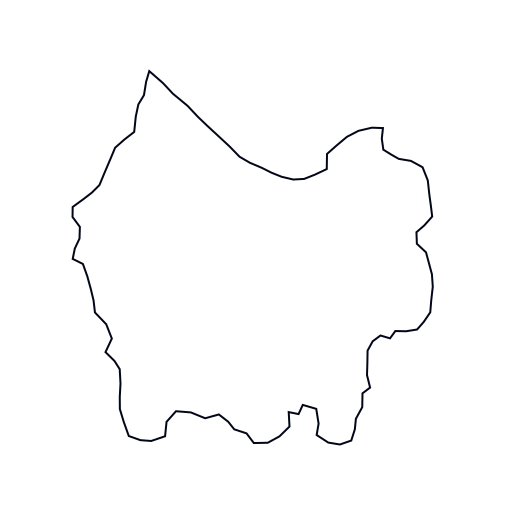 the district of Santo Antônio do Rio Abaixo, Minas Gerais, Brazil, rotated 351°
{"feature_id": "56859067B70415979137862", "entity_name": "Santo Antônio do Rio Abaixo", "entity_type": "district", "adm_level": 2, "iso_a3": "BRA", "parent_name": "Brazil", "parent_adm1": "Minas Gerais", "projection": "mercator", "projection_center": [-43.247, -19.236], "detail": "fine", "context": "isolated", "style": "outline", "palette": "ink", "viewbox_px": 512, "rotation_deg": 351, "n_neighbors": 0, "source": "geoboundaries", "source_scale": "gbopen_adm2", "svg_char_len": 1507}
<svg xmlns="http://www.w3.org/2000/svg" viewBox="0 0 512 512"><g transform="rotate(351 256 256)"><path d="M179.5,56.7L174.7,66.8L170.5,79.6L163.5,87.9L159.1,99.4L155.1,114.4L144.2,120.4L133.8,127.0L127.7,136.9L119.3,150.3L112.5,161.4L103.7,167.8L94.3,172.9L82.6,178.9L80.9,188.8L86.6,199.7L84.4,211.2L78.2,220.3L74.5,230.2L83.8,236.8L86.2,249.6L87.7,263.1L88.6,274.5L88.1,286.6L97.4,300.0L100.7,315.0L92.3,327.4L99.8,337.5L103.7,346.5L102.2,360.8L99.4,373.9L97.6,385.9L99.4,399.0L102.2,413.9L113.0,419.8L123.5,422.3L138.0,419.8L141.7,405.8L152.7,396.8L167.2,400.3L180.4,408.3L194.5,406.7L202.6,415.3L207.4,423.8L218.9,429.7L224.6,440.4L238.4,442.3L251.0,437.8L262.4,429.7L263.9,415.3L273.3,418.8L278.9,410.4L291.6,416.4L291.6,431.4L287.9,442.3L298.2,451.6L309.4,455.3L321.2,453.2L326.5,442.7L329.2,432.4L337.3,421.9L339.7,408.3L348.1,403.8L347.0,391.0L349.0,380.5L351.4,366.9L357.9,358.5L366.5,354.0L375.5,358.3L381.9,351.9L392.4,353.8L403.6,353.8L411.3,347.4L419.3,338.9L422.1,327.4L425.8,314.0L426.9,301.5L424.5,279.0L416.8,269.1L418.2,257.6L426.9,252.2L436.2,244.6L436.6,232.7L436.8,222.8L437.5,208.2L434.4,194.4L423.9,186.3L412.2,182.4L405.2,176.8L398.4,170.9L398.6,159.8L401.4,149.5L390.5,147.4L376.8,148.4L364.5,152.5L353.8,158.9L342.1,166.3L339.5,181.2L326.8,184.9L315.6,187.4L304.8,186.3L293.8,181.8L284.1,176.0L275.5,169.8L264.6,163.0L255.3,155.4L247.2,143.9L237.8,131.9L228.1,119.6L220.4,109.5L212.0,97.1L199.3,82.7L191.2,70.7L179.5,56.7Z" fill="none" stroke="#020617" stroke-width="2"/></g></svg>